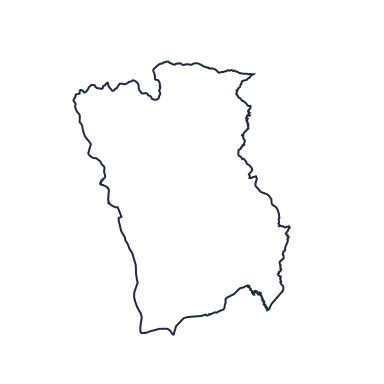 outline of Khon Buri, Nakhon Ratchasima, Thailand, rotated 156°
{"feature_id": "78962969B59767339718712", "entity_name": "Khon Buri", "entity_type": "district", "adm_level": 2, "iso_a3": "THA", "parent_name": "Thailand", "parent_adm1": "Nakhon Ratchasima", "projection": "natural_earth1", "projection_center": [102.149, 14.385], "detail": "fine", "context": "isolated", "style": "outline", "palette": "slate", "viewbox_px": 384, "rotation_deg": 156, "n_neighbors": 0, "source": "geoboundaries", "source_scale": "gbopen_adm2", "svg_char_len": 6002}
<svg xmlns="http://www.w3.org/2000/svg" viewBox="0 0 384 384"><g transform="rotate(156 192 192)"><path d="M165.1,57.3L149.7,64.5L148.0,66.2L147.1,68.4L148.0,71.9L148.0,73.4L147.8,74.0L147.0,73.9L146.7,77.0L146.2,77.0L145.3,78.8L146.3,79.4L146.7,80.5L147.0,80.6L146.9,82.2L145.5,82.6L145.2,83.6L143.9,83.6L143.4,84.1L142.8,84.2L142.6,84.8L142.1,84.9L142.0,85.5L142.4,86.0L141.1,88.8L141.3,89.2L140.9,89.6L141.1,89.9L140.8,91.6L140.0,92.7L139.1,92.8L138.9,93.1L138.3,93.1L136.8,93.8L135.4,93.9L134.3,96.2L134.4,98.5L133.5,99.0L132.8,100.4L130.8,100.8L129.4,103.5L124.3,108.3L124.2,109.8L123.5,110.0L122.8,111.1L122.0,111.4L122.8,112.4L122.8,112.8L122.2,113.3L122.6,113.7L122.6,114.4L123.2,114.9L123.2,116.0L119.8,117.8L119.2,118.6L117.1,119.8L117.4,121.1L117.8,120.8L119.5,121.8L121.0,121.6L121.9,122.2L122.6,123.5L123.3,123.6L124.5,124.9L125.9,125.3L125.5,125.5L125.5,126.4L126.0,127.9L124.9,128.7L123.8,132.2L122.8,132.6L121.4,137.1L121.0,141.2L121.2,143.1L121.6,144.4L123.1,146.5L123.8,147.9L123.6,150.3L122.4,153.1L123.2,157.1L124.3,159.4L129.1,164.0L131.4,171.4L131.2,172.8L130.8,173.6L127.4,177.7L127.2,180.3L130.4,180.8L132.6,180.7L133.8,181.4L132.7,183.0L132.9,185.0L128.5,187.1L127.9,187.9L127.7,189.1L128.4,192.3L130.4,195.6L130.5,196.7L130.1,197.6L131.1,201.0L131.7,201.6L132.7,201.6L133.1,204.6L134.5,206.1L134.5,206.6L134.1,208.4L132.2,211.6L130.0,211.6L129.2,212.7L128.0,212.9L126.8,214.2L125.9,213.6L125.1,213.9L124.9,215.1L123.5,216.4L122.7,218.0L123.1,218.9L123.2,220.3L122.5,222.4L123.4,223.3L123.2,223.7L121.7,223.5L121.2,224.3L119.6,225.4L116.9,226.2L115.9,227.0L114.9,226.9L114.5,227.2L114.2,229.4L113.6,229.5L113.6,230.4L113.1,231.0L113.5,231.7L112.9,232.1L113.3,232.8L112.7,234.5L113.3,234.9L113.3,235.4L112.7,235.8L111.8,235.7L111.2,236.3L111.5,236.7L112.5,236.7L112.6,237.4L111.7,237.9L111.5,238.6L110.7,239.2L109.7,239.1L108.7,238.4L107.9,238.5L108.0,239.1L109.1,239.4L109.2,239.7L108.2,239.9L108.2,241.1L107.1,241.1L107.9,242.6L107.8,243.3L106.8,243.4L106.1,244.3L104.7,244.8L103.7,246.2L103.6,246.9L105.6,247.6L106.7,251.4L108.2,254.3L108.9,254.7L110.2,258.8L110.9,259.3L111.2,260.3L111.0,261.6L111.8,263.4L109.8,265.6L109.9,266.7L108.9,266.7L107.4,267.9L105.2,268.5L103.7,270.6L102.8,270.8L102.3,271.9L100.9,272.9L96.3,272.2L94.9,272.9L92.9,273.1L90.7,274.4L88.2,274.6L91.4,276.4L92.6,276.5L94.0,277.9L96.4,278.8L100.2,281.3L101.7,283.4L102.9,284.2L103.7,285.5L105.1,285.6L105.5,286.6L106.4,287.4L108.2,287.5L109.9,288.8L111.8,288.4L113.0,288.9L114.6,288.9L116.2,289.6L118.6,289.9L119.4,290.8L120.1,293.0L121.6,295.4L123.8,297.0L124.8,297.0L125.5,297.9L126.5,298.3L126.8,299.4L127.6,299.7L130.5,302.1L131.9,304.5L134.5,307.3L137.9,308.7L140.7,308.4L144.8,310.9L148.1,311.5L149.1,312.3L149.7,313.5L151.4,314.9L152.8,314.9L153.9,315.7L155.4,315.4L156.8,315.7L160.2,319.5L160.4,320.6L162.2,321.5L163.5,321.3L164.6,321.9L167.0,321.5L168.8,322.0L170.3,322.0L176.7,320.1L177.7,319.2L178.1,318.4L178.3,314.7L179.8,309.9L179.5,309.3L177.7,308.1L177.1,306.3L177.3,303.8L178.2,302.3L178.1,301.5L178.7,300.7L178.6,299.9L180.8,298.1L180.7,296.3L181.2,294.3L182.8,293.1L184.5,291.1L186.4,290.8L188.8,291.4L190.7,293.5L190.6,294.9L191.2,296.9L192.6,297.9L192.8,299.5L193.6,300.8L194.9,301.5L197.2,302.1L197.8,302.7L198.7,306.0L198.5,308.1L197.4,311.3L197.2,313.0L198.3,315.8L200.1,317.9L201.0,318.1L202.1,317.6L204.8,318.3L206.6,317.6L210.1,317.9L212.1,319.6L214.1,320.3L218.8,317.3L220.1,317.6L221.9,316.6L223.1,316.6L223.8,317.2L225.2,322.3L225.1,323.9L224.6,324.8L224.6,326.2L226.6,325.9L227.8,324.9L230.0,324.9L231.2,323.3L232.3,322.9L236.6,325.7L237.5,327.4L237.5,329.1L240.4,330.7L243.5,329.7L245.2,328.2L248.3,326.5L249.9,326.7L250.9,329.5L252.5,330.6L253.1,330.3L254.7,327.7L258.5,328.3L260.7,325.5L262.5,324.7L263.0,323.7L262.5,319.8L263.8,318.1L264.5,315.3L264.4,312.4L263.4,308.9L263.4,307.5L266.2,301.5L265.5,299.2L265.5,297.3L266.8,290.9L267.1,287.4L266.8,284.7L265.6,280.6L264.9,276.9L270.9,269.7L271.2,268.5L269.6,264.7L267.8,262.9L265.8,261.8L263.7,258.0L263.3,257.0L263.2,254.0L261.9,250.8L262.3,249.2L264.2,246.1L264.6,242.4L265.5,240.8L267.5,240.0L268.5,240.0L268.8,239.3L269.2,239.3L269.3,239.0L270.2,239.3L271.1,238.0L271.5,238.0L271.6,237.5L272.0,237.6L272.6,236.9L272.1,235.7L270.4,234.5L267.8,231.2L267.3,230.3L267.3,229.1L266.9,229.0L267.3,227.1L269.7,223.1L270.1,221.6L271.5,220.0L271.7,218.6L272.1,218.0L272.0,216.3L272.7,216.3L272.9,216.0L270.1,211.3L267.8,208.9L266.1,208.3L266.5,198.0L269.5,197.9L269.9,197.3L270.7,195.2L272.6,185.0L271.8,177.6L272.5,175.1L271.9,170.5L272.2,165.5L271.5,160.4L273.0,148.6L274.8,143.6L276.2,140.7L277.8,135.0L278.5,131.3L285.6,123.7L287.6,119.6L288.4,115.9L288.9,108.9L288.2,102.1L288.5,99.6L289.3,97.2L294.3,89.4L295.8,85.6L295.8,84.0L294.2,83.0L290.5,81.9L287.3,81.8L277.2,80.2L270.8,77.4L269.7,76.5L268.7,75.0L267.4,69.6L266.8,69.3L261.1,75.9L250.9,80.1L247.0,79.6L234.0,75.0L229.3,74.4L228.6,73.0L226.0,72.8L225.8,73.4L224.3,72.7L220.0,72.8L218.9,71.8L214.2,72.1L211.7,71.8L210.7,72.1L209.5,72.9L208.2,75.2L206.3,77.3L205.1,80.1L204.0,81.0L201.9,81.4L195.2,81.6L187.8,84.5L184.2,84.0L179.2,84.0L178.5,83.5L178.7,83.2L179.3,83.5L179.4,82.5L178.9,82.2L178.2,82.9L177.9,82.6L178.8,81.7L177.7,79.9L177.7,79.4L178.5,79.0L178.0,78.5L178.0,77.9L177.4,77.0L178.1,75.7L177.8,74.2L177.1,74.5L177.6,73.5L177.3,73.0L177.0,72.9L177.0,73.6L176.6,74.1L175.8,74.4L175.6,75.9L174.6,76.0L174.4,75.5L174.0,75.6L173.1,74.5L173.7,74.0L173.2,73.7L173.5,72.9L173.3,71.8L172.7,72.3L172.0,72.3L172.0,71.5L171.5,71.5L170.9,72.5L170.3,71.9L170.6,71.0L170.9,71.2L170.9,70.6L171.5,69.9L171.4,69.6L170.8,69.6L170.8,68.5L171.1,67.9L170.7,67.0L170.9,66.3L171.3,66.1L170.9,65.8L171.0,65.2L171.6,64.5L171.1,64.4L170.6,62.9L171.4,62.7L171.5,62.3L170.9,62.2L170.9,61.8L171.6,61.5L171.5,61.1L172.2,60.5L172.0,60.2L171.5,60.4L171.3,59.6L171.9,59.1L171.6,58.2L171.2,58.3L171.5,57.4L171.0,57.2L171.5,56.6L171.1,56.2L171.3,55.6L170.6,55.5L171.3,54.5L171.4,53.5L170.6,53.6L170.5,53.3L168.9,53.8L165.1,57.3Z" fill="none" stroke="#1e293b" stroke-width="2"/></g></svg>